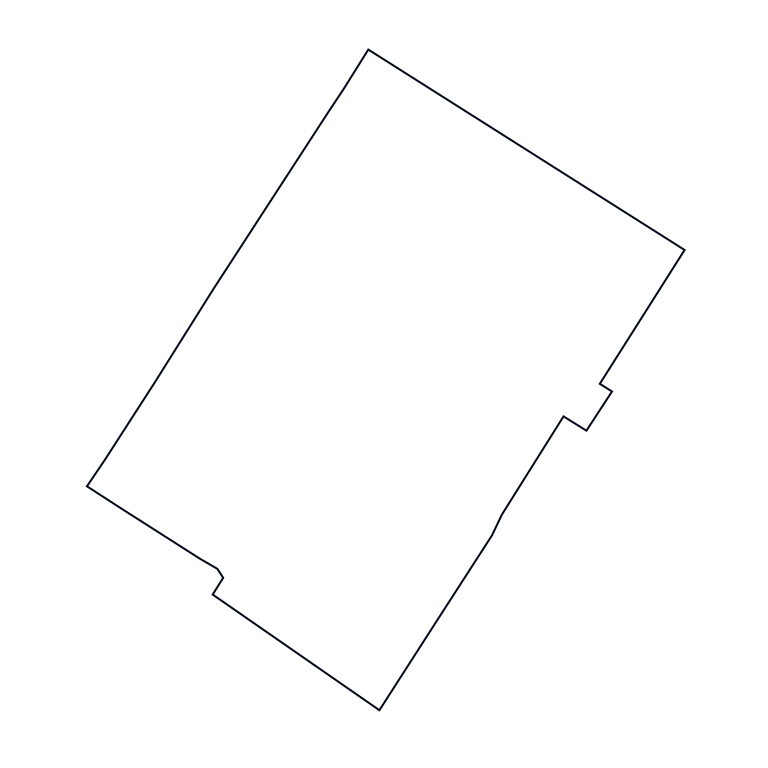 McKean, Pennsylvania, United States of America (Albers equal-area conic projection), rotated 303°
{"feature_id": "52423323B34391265633420", "entity_name": "McKean", "entity_type": "district", "adm_level": 2, "iso_a3": "USA", "parent_name": "United States of America", "parent_adm1": "Pennsylvania", "projection": "albers", "projection_center": [-78.629, 41.801], "detail": "fine", "context": "isolated", "style": "outline", "palette": "ink", "viewbox_px": 768, "rotation_deg": 303, "n_neighbors": 0, "source": "geoboundaries", "source_scale": "gbopen_adm2", "svg_char_len": 430}
<svg xmlns="http://www.w3.org/2000/svg" viewBox="0 0 768 768"><g transform="rotate(303 384 384)"><path d="M655.9,188.7L608.8,189.5L581.9,189.2L371.4,189.2L259.8,190.9L168.6,191.2L136.4,190.6L136.5,234.9L137.2,324.4L138.2,344.9L133.9,354.7L114.1,355.0L107.9,557.8L210.8,557.3L315.9,557.0L338.6,554.0L454.6,552.2L455.1,579.2L501.9,579.3L501.7,564.9L660.1,563.1L655.9,188.7Z" fill="none" stroke="#020617" stroke-width="2"/></g></svg>